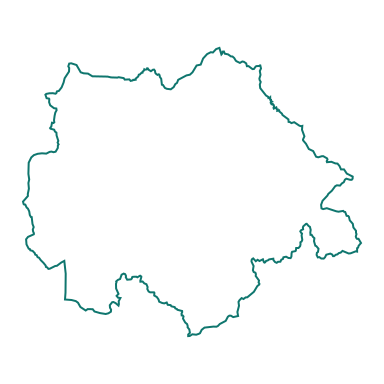 the district of Bealanana, Sofia, Madagascar
{"feature_id": "10022922B56468572037030", "entity_name": "Bealanana", "entity_type": "district", "adm_level": 2, "iso_a3": "MDG", "parent_name": "Madagascar", "parent_adm1": "Sofia", "projection": "robinson", "projection_center": [48.911, -14.561], "detail": "fine", "context": "isolated", "style": "outline", "palette": "teal", "viewbox_px": 384, "rotation_deg": 0, "n_neighbors": 0, "source": "geoboundaries", "source_scale": "gbopen_adm2", "svg_char_len": 5892}
<svg xmlns="http://www.w3.org/2000/svg" viewBox="0 0 384 384"><path d="M23.0,201.6L23.6,204.0L24.1,204.5L25.3,204.6L26.6,207.5L27.9,208.6L29.2,211.3L29.8,215.0L30.9,217.0L31.7,217.1L32.5,224.0L33.7,227.1L32.8,229.5L33.1,231.5L33.9,233.2L33.8,234.3L28.0,236.9L26.1,239.3L26.5,244.4L28.7,248.7L29.9,249.1L30.3,250.3L32.6,250.9L34.8,253.2L35.2,254.6L36.7,255.2L37.6,257.2L39.0,257.7L40.7,260.1L43.5,262.9L45.7,265.6L45.9,266.9L47.2,267.4L48.4,268.9L49.8,268.7L55.2,266.0L56.9,265.8L61.3,262.5L64.3,260.9L65.7,273.7L65.5,292.7L65.0,299.5L71.5,300.0L75.8,301.1L78.0,302.7L80.4,307.0L85.7,310.5L87.7,309.1L92.7,309.2L94.5,311.5L100.1,313.1L105.7,314.0L108.4,313.3L110.9,311.7L111.1,309.7L110.0,307.7L109.8,305.2L112.2,302.2L113.4,302.0L115.6,303.1L118.5,305.6L118.9,304.2L118.7,301.2L120.4,298.0L118.1,297.7L116.6,295.9L118.5,293.9L116.1,288.5L116.0,283.8L116.5,282.1L116.2,281.4L117.9,279.9L120.1,279.0L121.6,274.7L123.7,273.6L125.2,274.2L126.0,276.0L125.8,277.3L127.2,279.7L130.9,279.4L131.8,278.6L132.2,277.1L132.9,276.8L136.3,276.7L137.3,277.3L140.1,275.7L141.3,276.5L141.3,277.1L140.3,280.8L140.4,281.7L142.6,281.5L144.3,283.4L146.4,284.2L147.6,287.0L147.3,289.0L148.6,291.5L150.1,292.3L154.0,292.3L154.4,292.9L154.2,295.5L156.8,297.0L158.5,299.4L159.2,301.7L162.2,303.0L164.3,303.4L166.7,302.5L167.7,304.8L170.6,305.1L171.4,306.3L174.7,307.1L175.3,308.4L177.0,309.1L177.4,309.8L182.1,311.0L182.2,312.1L181.5,313.7L181.7,315.4L182.6,315.4L183.5,316.4L183.0,318.6L185.2,322.5L187.1,324.1L187.7,326.1L187.6,327.3L189.3,329.4L189.9,332.8L188.2,334.5L188.2,336.1L189.7,336.0L192.3,334.3L196.2,334.7L198.7,333.9L200.0,333.2L201.7,329.8L204.5,327.6L213.4,326.6L216.5,326.7L217.9,326.0L219.8,324.0L225.7,320.9L227.9,316.7L229.3,315.7L230.9,315.7L233.2,317.1L238.1,316.0L237.4,312.0L239.0,305.8L238.5,301.9L239.5,300.2L241.6,298.1L243.5,299.0L245.6,297.4L247.3,297.3L253.9,291.8L257.3,286.1L259.3,284.5L259.4,283.7L258.6,282.5L259.0,280.5L255.7,276.0L255.9,274.1L255.4,272.7L253.7,272.0L252.9,270.2L253.6,266.0L251.5,261.6L251.6,260.0L252.2,259.0L253.2,258.4L255.8,261.2L257.6,259.8L259.5,261.0L262.9,259.3L263.8,262.0L264.4,262.6L265.2,262.3L265.9,261.1L268.2,260.2L269.1,259.4L273.3,258.7L273.5,260.2L275.1,262.1L276.7,262.8L278.0,261.8L280.4,261.7L281.3,259.7L282.9,259.0L283.4,257.3L286.1,256.7L288.5,258.0L290.6,258.1L291.4,256.6L291.6,253.1L292.1,251.8L295.4,251.1L295.8,250.7L296.2,248.0L298.5,248.0L300.1,246.2L300.5,244.5L300.4,242.3L301.6,241.5L302.3,239.9L301.6,235.5L302.0,233.5L301.1,232.8L300.3,231.3L301.1,230.2L303.1,229.3L302.9,227.4L303.3,226.3L306.0,223.9L306.7,223.8L308.7,226.1L309.9,226.8L310.7,229.9L310.3,232.5L310.5,234.9L311.7,234.9L312.9,236.8L314.4,238.2L314.0,241.2L315.3,245.7L316.3,246.1L318.5,248.7L318.0,251.9L316.9,252.8L316.6,254.9L317.8,257.4L319.3,257.1L321.2,258.5L323.7,258.6L325.0,257.3L326.3,254.7L330.3,253.6L332.3,254.6L333.0,256.1L334.1,256.1L335.9,254.7L337.4,254.4L338.8,253.1L340.7,252.6L342.5,250.9L348.7,253.5L350.6,253.3L355.8,251.3L357.1,251.6L357.1,248.2L358.1,247.6L358.6,245.8L361.0,243.0L358.5,238.8L357.1,238.9L356.2,237.8L355.8,236.5L356.5,234.1L356.0,232.8L356.0,230.8L353.4,227.5L352.8,223.8L349.8,220.4L348.9,216.8L348.2,216.0L346.6,215.8L345.2,212.0L343.9,211.7L343.2,210.9L338.5,211.7L336.3,211.3L326.8,208.2L323.1,209.1L321.5,208.4L321.1,204.8L322.6,200.7L327.4,195.6L328.3,193.9L331.9,190.7L335.2,186.2L336.9,185.3L340.0,185.6L341.9,183.4L343.8,182.2L344.9,179.7L346.3,178.7L350.1,179.8L351.7,179.8L352.6,178.7L352.7,176.6L346.8,173.6L344.0,169.4L341.0,169.4L339.5,166.0L337.5,163.6L335.3,163.4L331.4,161.8L327.0,162.2L326.7,161.2L327.5,159.5L327.1,158.4L323.3,156.2L321.9,156.2L318.2,157.3L316.1,156.7L313.2,151.1L308.8,149.0L306.0,143.8L303.1,140.4L303.0,139.5L304.4,136.3L302.0,129.8L302.3,125.9L301.1,126.2L299.4,125.7L294.2,122.2L291.4,123.1L290.0,122.1L288.6,121.9L288.4,119.4L282.5,115.0L281.9,113.6L279.4,111.5L279.2,110.4L277.4,110.8L277.7,109.5L276.8,109.4L276.3,107.4L273.8,108.6L273.5,107.8L274.1,106.3L273.6,104.9L272.8,104.7L272.7,103.9L271.5,104.2L271.1,103.5L271.3,102.7L270.7,102.5L270.8,102.0L271.9,101.5L271.0,100.8L271.0,99.9L270.3,99.8L270.2,97.5L269.5,98.3L269.0,97.6L268.4,97.9L268.1,96.8L266.0,95.5L260.2,88.1L259.8,84.6L260.7,81.9L259.6,79.9L259.4,78.5L260.5,74.9L259.8,71.0L261.0,68.5L260.1,64.6L260.0,65.5L259.0,66.0L256.6,66.1L255.7,66.5L253.9,69.0L252.5,69.1L248.5,66.1L246.9,66.2L246.2,63.4L243.9,61.8L242.3,61.5L239.9,62.9L236.8,61.4L235.8,60.7L234.2,58.0L232.5,56.5L230.9,56.4L228.1,54.4L224.8,53.7L223.9,51.5L222.7,51.6L222.1,53.7L221.4,54.5L219.4,47.9L216.1,49.1L212.9,52.5L210.8,52.2L207.1,54.1L203.1,58.5L200.7,64.6L196.6,65.5L192.5,72.3L189.9,74.7L186.5,75.4L178.2,79.8L177.0,82.9L175.3,84.1L173.7,87.1L170.8,89.3L166.8,88.8L164.9,87.9L163.0,85.0L161.9,84.7L161.2,78.8L159.8,76.8L159.6,75.2L158.8,74.3L157.5,74.9L156.1,73.9L155.3,72.9L155.0,70.9L154.1,69.6L153.0,69.7L150.9,71.2L148.7,69.8L147.7,68.3L147.1,68.3L146.8,69.4L144.9,69.7L144.3,69.3L143.9,70.6L142.5,71.7L142.6,72.6L141.0,73.2L140.0,74.4L138.8,74.7L138.2,76.5L135.5,78.8L135.7,79.7L133.7,80.1L133.2,79.8L132.4,80.5L130.6,80.9L129.4,79.4L124.7,79.6L123.7,78.1L118.6,77.2L117.4,77.6L111.0,77.4L107.6,76.6L92.4,76.3L88.0,73.6L83.6,73.3L80.7,72.3L76.5,65.0L71.2,63.3L69.2,63.6L68.3,66.3L69.2,68.0L69.0,71.6L64.6,78.3L63.6,82.5L61.6,87.4L58.9,90.9L56.9,91.4L56.3,93.2L55.5,93.7L52.9,93.2L49.3,93.3L46.3,93.9L45.4,94.7L46.6,98.2L49.0,98.6L49.3,99.1L49.1,102.2L50.2,105.3L54.0,108.2L56.3,108.5L56.6,110.2L55.3,112.6L54.6,115.8L54.0,120.2L54.3,122.3L53.5,123.0L52.0,122.7L51.3,126.5L50.1,128.1L50.5,128.7L54.2,129.7L54.9,131.5L56.4,132.6L56.6,135.5L58.3,140.9L57.6,142.6L58.6,144.4L57.9,145.3L57.8,148.0L55.6,151.7L53.5,152.2L51.5,151.6L49.6,151.9L46.3,153.6L41.9,153.3L37.7,153.8L33.9,155.1L31.3,157.4L28.7,162.7L28.4,173.9L29.2,179.5L28.4,183.0L28.9,188.7L27.8,194.0L27.9,196.0L23.0,201.6Z" fill="none" stroke="#0f766e" stroke-width="2"/></svg>